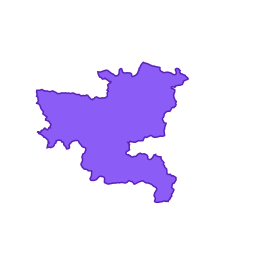 Bao Yen, Lào Cai, Vietnam, rotated 145°
{"feature_id": "81297802B25948208667731", "entity_name": "Bao Yen", "entity_type": "district", "adm_level": 2, "iso_a3": "VNM", "parent_name": "Vietnam", "parent_adm1": "Lào Cai", "projection": "mercator", "projection_center": [104.421, 22.295], "detail": "fine", "context": "isolated", "style": "filled", "palette": "violet", "viewbox_px": 256, "rotation_deg": 145, "n_neighbors": 0, "source": "geoboundaries", "source_scale": "gbopen_adm2", "svg_char_len": 5941}
<svg xmlns="http://www.w3.org/2000/svg" viewBox="0 0 256 256"><g transform="rotate(145 128 128)"><path d="M94.1,110.0L95.4,111.6L95.4,111.9L94.7,115.7L94.3,116.1L92.4,116.6L90.0,118.8L87.1,119.3L85.5,118.7L84.2,117.7L82.7,118.2L80.6,119.3L79.7,119.4L79.1,118.6L78.6,118.4L77.5,118.7L76.9,118.6L75.3,119.4L74.6,121.3L73.4,121.7L73.2,122.3L73.5,123.9L72.5,127.5L72.1,128.3L71.4,129.1L69.1,130.7L67.8,132.3L67.8,132.7L68.4,134.0L69.7,135.6L69.6,135.9L68.6,136.6L67.8,136.2L66.2,134.5L65.8,134.9L65.4,134.8L65.0,135.2L63.4,134.6L60.3,133.0L58.6,132.6L57.9,132.8L56.7,133.7L56.2,133.8L55.8,134.5L54.4,134.4L50.9,133.6L50.5,133.8L50.4,135.2L51.0,136.7L51.0,138.3L52.2,140.2L52.9,141.6L53.8,142.2L53.5,143.7L53.6,144.3L52.3,145.2L52.6,145.9L52.6,147.2L52.8,147.8L54.0,148.9L55.3,149.0L55.9,148.5L56.4,146.2L57.4,144.8L58.9,144.8L59.6,145.1L60.6,146.6L60.9,147.8L62.6,150.1L63.9,151.3L66.6,152.6L67.4,153.4L67.8,154.6L68.6,156.1L68.4,157.5L67.2,159.1L67.2,159.4L70.1,162.3L71.3,164.0L72.4,164.6L73.3,166.4L74.0,167.2L74.2,168.0L76.3,171.0L77.3,171.8L77.5,172.7L77.8,173.0L78.5,173.0L80.7,172.3L81.8,171.9L83.6,170.6L84.8,170.5L85.4,169.7L85.7,169.0L86.5,169.0L87.7,168.0L89.2,167.3L89.6,166.8L90.2,167.1L91.2,166.8L94.4,167.3L94.9,167.7L95.0,168.3L94.2,170.3L94.3,171.4L96.5,173.3L99.5,175.2L100.1,176.0L100.2,176.8L100.0,177.9L99.3,179.9L99.6,180.7L100.5,180.9L101.6,180.7L104.0,177.9L105.2,177.1L106.3,177.0L107.8,177.4L108.7,178.4L109.1,180.3L110.4,182.7L111.6,186.7L112.1,187.4L113.4,188.2L118.6,189.7L120.5,191.3L121.4,189.4L121.9,186.8L122.0,186.0L121.4,185.4L121.0,184.5L121.0,183.0L120.7,182.6L119.4,182.0L118.8,181.6L118.2,181.9L117.8,180.2L117.3,179.1L116.9,177.5L116.4,176.6L115.5,176.1L115.4,175.6L115.7,175.3L116.7,175.4L117.2,175.1L118.3,175.3L119.9,175.0L121.1,172.1L123.5,171.0L123.1,170.4L122.9,169.4L124.4,169.0L125.1,168.6L126.1,166.7L126.9,165.8L128.9,165.8L130.6,166.3L131.4,167.3L134.2,168.5L136.0,171.6L137.8,172.0L138.9,171.4L139.9,171.9L140.9,171.5L141.9,173.2L142.0,174.7L142.3,176.7L142.2,177.6L142.9,178.7L144.8,179.2L146.6,180.7L147.8,181.0L148.2,181.6L148.8,183.6L149.9,184.2L151.0,185.1L152.1,186.8L152.3,187.5L153.1,188.3L155.4,189.3L156.9,191.0L158.2,191.5L158.8,192.5L159.9,193.0L162.2,194.8L164.0,195.3L165.9,196.6L166.2,197.1L166.5,198.2L168.4,201.6L170.8,202.4L172.1,203.5L173.2,205.0L174.9,205.7L174.9,206.3L175.5,206.9L176.4,208.9L178.8,209.6L181.1,211.2L181.3,211.0L182.3,209.9L183.0,208.0L183.6,207.2L184.7,206.4L184.3,205.4L184.2,204.6L185.3,203.1L185.8,201.6L186.7,201.1L188.3,200.9L188.7,200.6L187.3,199.0L187.2,197.1L187.7,195.2L188.1,194.5L188.1,191.5L187.9,190.1L188.4,189.8L188.7,189.0L189.5,188.5L189.6,188.2L189.4,187.5L188.9,186.6L188.6,185.0L188.0,183.8L188.9,183.0L190.2,182.8L191.0,181.8L189.0,179.0L189.1,177.6L189.0,175.0L190.8,174.0L191.5,172.8L191.9,173.4L192.4,173.7L194.0,172.9L194.8,172.7L195.6,173.3L195.8,173.8L195.7,174.9L196.3,175.7L196.9,175.8L197.8,175.3L198.9,175.2L200.5,175.7L201.1,175.3L201.9,174.5L202.3,174.7L203.5,176.3L204.7,177.0L204.0,175.9L204.3,174.7L202.6,172.0L202.5,170.8L202.0,170.1L202.2,168.7L201.3,167.9L201.2,167.5L200.6,164.3L200.8,162.8L201.6,162.3L201.1,161.1L202.3,161.0L203.4,160.4L205.6,158.2L203.6,157.6L202.7,156.3L200.2,155.7L199.7,155.7L198.2,156.3L197.1,157.2L195.4,157.2L194.1,158.7L192.6,158.1L191.9,158.1L191.2,157.2L189.9,156.1L189.8,155.8L190.2,155.1L190.3,154.6L189.1,153.3L190.2,150.9L190.2,150.2L189.7,148.7L190.3,146.1L189.5,145.5L187.6,145.2L186.8,146.0L185.9,148.0L181.6,149.0L179.9,148.6L177.6,147.6L176.4,146.5L176.1,145.7L176.5,143.6L176.2,141.4L176.3,139.5L176.0,138.5L174.4,136.5L174.4,135.1L175.3,134.1L178.2,132.3L179.8,132.5L180.3,132.3L182.6,130.4L183.0,128.8L184.1,127.2L186.9,125.7L187.6,124.7L187.9,122.1L187.5,119.6L185.9,118.1L185.2,117.1L185.1,115.8L183.0,114.1L182.5,113.7L182.5,113.4L185.6,109.6L188.1,108.4L188.5,107.3L188.4,106.6L187.9,105.9L186.1,104.7L184.2,104.0L183.4,103.9L180.5,104.6L178.5,104.5L177.8,103.9L177.4,103.3L176.6,102.7L175.9,101.5L175.9,100.5L178.5,97.0L178.5,96.6L177.2,94.8L177.2,94.3L176.0,93.2L171.8,91.4L169.4,89.8L168.2,89.4L166.3,87.9L165.2,87.5L163.6,86.4L162.3,84.9L161.1,84.2L159.8,84.1L157.5,84.4L155.7,81.9L155.1,80.7L155.2,78.6L154.7,78.2L150.2,77.6L146.5,76.5L146.1,76.0L144.9,72.9L142.9,71.2L141.0,68.3L140.4,65.4L139.4,63.9L139.1,62.5L139.4,61.5L139.9,61.1L141.0,60.5L143.2,59.6L145.1,58.1L145.6,57.1L145.7,55.2L146.5,54.1L147.7,53.3L148.4,52.5L148.3,52.2L147.5,51.0L146.5,50.1L141.8,47.9L140.7,47.8L139.9,47.2L139.3,46.2L138.5,45.9L137.2,44.8L136.5,45.4L134.0,45.9L133.4,46.3L133.2,46.9L131.5,46.9L131.0,47.4L130.6,48.7L129.1,49.1L126.0,50.8L125.7,51.4L126.5,53.9L125.5,54.9L125.3,55.5L124.1,56.1L123.2,57.0L121.8,56.4L119.6,57.3L118.2,58.1L118.0,58.8L117.1,59.9L118.4,63.0L118.7,63.3L119.2,63.4L119.7,63.8L119.8,65.7L121.1,66.4L122.3,67.8L122.2,68.3L119.9,72.1L120.0,73.2L120.4,74.6L120.3,75.1L119.8,75.9L120.0,77.5L119.7,78.0L118.4,79.0L118.7,82.9L118.3,84.3L117.7,85.0L117.5,85.4L119.7,87.4L120.8,89.0L120.9,89.6L120.5,90.5L122.3,91.0L124.7,89.7L127.0,89.3L127.3,89.3L128.7,90.0L129.3,91.1L129.3,92.0L128.2,93.0L128.0,95.0L128.9,96.6L129.2,97.4L131.6,98.7L131.9,99.2L132.2,100.2L132.5,100.4L134.8,100.8L137.8,100.2L139.4,101.3L140.8,101.5L141.2,101.7L141.7,102.5L142.1,104.0L142.8,104.7L142.7,105.7L144.1,106.7L144.2,107.0L144.3,108.0L144.0,108.7L143.3,109.2L142.3,109.5L140.0,109.1L139.0,109.6L139.1,110.2L137.9,111.6L137.0,113.4L136.4,113.3L136.2,113.6L136.2,114.7L136.4,115.2L136.3,116.2L135.8,115.7L135.0,115.4L134.0,115.9L133.3,114.9L132.1,114.0L131.8,113.4L130.5,112.3L129.6,112.0L126.8,111.7L125.9,110.9L123.3,109.2L122.7,109.2L120.5,110.6L119.6,110.9L118.9,110.6L118.6,109.9L118.0,109.5L116.0,109.3L113.6,108.8L113.1,108.2L112.5,106.3L111.7,105.2L109.0,103.7L107.8,103.5L107.0,103.0L106.1,102.8L105.4,102.1L104.3,101.4L102.6,100.8L102.1,101.1L100.6,104.2L99.7,105.6L98.7,106.1L97.2,107.8L95.5,108.9L94.1,110.0Z" fill="#8b5cf6" stroke="#5b21b6" stroke-width="1.5"/></g></svg>